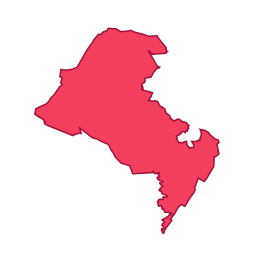 Minatitlán, Colima, Mexico (Equal Earth projection), rotated 281°
{"feature_id": "50627088B87770668885129", "entity_name": "Minatitlán", "entity_type": "district", "adm_level": 2, "iso_a3": "MEX", "parent_name": "Mexico", "parent_adm1": "Colima", "projection": "equal_earth", "projection_center": [-104.083, 19.372], "detail": "fine", "context": "isolated", "style": "filled", "palette": "rose", "viewbox_px": 256, "rotation_deg": 281, "n_neighbors": 0, "source": "geoboundaries", "source_scale": "gbopen_adm2", "svg_char_len": 5726}
<svg xmlns="http://www.w3.org/2000/svg" viewBox="0 0 256 256"><g transform="rotate(281 128 128)"><path d="M214.2,81.0L208.1,77.7L205.7,76.9L196.7,72.9L187.5,69.8L177.8,66.4L175.3,62.6L174.2,60.0L173.3,57.3L172.7,53.8L172.7,51.1L165.4,51.3L164.8,53.7L159.5,53.3L158.2,55.4L155.1,52.8L153.4,52.2L151.2,51.1L147.6,49.7L145.5,48.4L143.5,47.0L142.7,46.5L141.7,46.0L140.7,46.0L136.4,43.6L129.4,33.9L123.9,33.8L123.2,35.5L122.9,35.8L122.6,36.6L122.2,37.4L121.6,39.0L121.1,40.8L119.8,43.8L119.2,44.3L118.1,44.5L118.0,44.8L118.1,45.5L117.3,44.8L116.7,45.1L115.8,46.1L115.5,46.9L110.0,75.4L110.6,76.3L111.5,77.0L112.2,78.2L112.5,79.2L113.4,80.5L113.7,81.4L113.8,82.1L113.7,83.1L118.8,80.5L111.5,95.2L111.3,100.1L110.1,103.1L108.0,112.1L103.2,115.6L100.3,118.7L97.2,120.9L92.1,128.1L91.3,136.7L84.0,141.5L88.8,160.2L89.0,160.4L90.0,160.6L90.4,160.9L90.5,161.1L90.5,161.3L90.4,161.4L89.5,161.3L89.4,161.5L89.2,161.9L88.7,162.0L88.6,162.3L88.3,163.5L88.9,164.3L88.9,164.9L89.3,165.2L89.8,166.0L90.0,166.6L89.9,167.2L89.7,167.4L89.1,167.1L88.8,167.0L88.6,166.8L88.6,166.5L88.4,166.4L88.2,166.4L87.8,167.1L87.3,167.4L86.3,168.3L86.1,168.4L85.9,168.3L85.8,168.2L85.8,167.6L85.7,167.0L85.5,166.5L85.3,166.1L84.8,166.0L84.6,166.0L84.4,166.2L84.3,166.4L83.9,166.6L83.6,166.9L83.3,167.4L83.2,167.5L82.9,168.4L82.7,168.7L82.8,169.0L82.5,169.5L82.7,171.0L82.6,171.9L82.5,172.0L81.7,172.4L81.3,172.0L81.2,171.6L80.9,171.3L80.7,170.6L80.4,169.7L80.2,169.6L79.6,169.9L78.8,170.7L78.4,171.3L77.9,172.4L77.9,172.7L77.8,173.0L77.6,173.3L77.3,173.2L77.0,172.7L76.8,172.6L76.7,172.5L76.2,172.0L75.8,171.8L74.7,171.1L73.8,171.3L73.5,171.3L73.4,171.0L73.5,170.5L73.1,170.3L72.4,170.9L72.3,171.5L72.3,172.1L72.5,172.7L72.1,172.8L70.8,173.4L70.2,173.6L69.8,174.9L69.4,177.7L69.1,178.7L68.5,179.4L68.2,179.6L67.9,179.6L67.7,179.4L67.4,178.7L67.4,178.3L67.2,177.5L67.2,176.1L67.0,175.5L66.1,175.7L65.7,176.1L64.7,176.1L64.2,175.9L64.1,175.7L64.4,174.7L64.4,173.9L64.2,173.8L64.2,173.5L64.0,173.2L63.8,172.7L63.9,172.4L63.9,172.2L63.7,172.0L62.9,171.7L62.4,171.8L62.0,171.2L61.6,171.0L60.7,171.2L60.2,171.7L60.0,171.8L59.0,171.9L58.1,172.3L57.5,172.7L57.3,172.9L57.2,173.4L57.6,173.7L57.9,174.1L58.2,174.9L58.2,175.1L57.7,175.2L57.5,175.3L56.9,176.5L56.5,176.3L56.1,176.4L55.9,176.6L54.8,177.0L54.8,177.3L55.1,177.6L55.3,178.3L55.3,179.0L55.0,179.1L54.4,179.0L52.8,179.7L52.4,180.1L52.3,180.7L52.6,181.6L52.8,182.2L52.8,183.2L52.7,185.4L52.5,186.9L52.5,187.2L52.2,187.4L51.2,187.4L51.2,187.2L51.2,186.6L51.1,186.2L51.1,185.2L50.5,185.1L48.7,184.2L48.5,183.6L47.9,182.9L47.1,182.5L45.7,180.6L45.2,180.2L44.4,179.0L44.2,178.9L43.9,179.3L43.7,180.2L43.1,181.5L42.6,181.8L42.4,181.9L42.2,181.8L41.8,181.0L40.9,180.4L38.9,179.9L38.7,180.4L38.4,180.9L38.1,181.1L37.8,181.8L37.1,182.3L36.6,182.4L35.9,182.1L35.8,181.9L36.0,181.1L35.9,180.7L35.3,180.3L35.1,180.3L34.8,180.5L33.9,180.4L33.5,181.0L31.6,181.9L31.6,183.2L32.1,183.3L32.8,183.3L32.4,182.9L36.1,184.0L45.8,188.7L46.7,187.0L47.2,187.4L53.2,190.3L59.9,192.5L61.7,193.9L62.8,194.9L63.0,195.4L62.0,198.7L65.5,200.2L71.2,202.1L76.3,204.6L77.6,205.1L80.1,205.7L82.3,204.8L83.1,205.1L92.3,206.5L91.3,209.0L90.0,213.0L92.7,214.5L94.0,215.0L103.0,218.2L106.5,219.5L116.0,218.2L116.4,219.1L117.7,220.5L118.4,221.1L119.4,221.6L119.9,222.2L128.7,218.6L128.8,218.3L131.1,220.1L133.3,218.9L133.6,217.7L133.7,216.1L134.9,213.1L135.3,212.8L135.5,212.8L136.1,211.7L136.1,211.4L136.6,209.9L137.9,209.2L139.3,207.2L139.8,205.1L140.3,203.9L140.4,198.9L138.7,200.3L135.5,201.3L130.1,200.5L129.3,200.9L129.3,198.9L128.5,198.6L127.5,196.2L127.0,193.0L124.0,195.7L123.5,195.7L123.2,196.0L122.6,196.2L121.6,196.1L121.4,195.8L120.3,192.3L119.9,192.2L121.3,191.0L121.5,190.2L123.5,188.5L125.1,188.5L125.9,187.9L126.1,187.6L125.8,187.3L125.0,185.6L124.6,185.2L123.6,184.5L123.7,184.1L123.9,183.7L123.9,182.5L123.7,181.8L123.2,181.0L123.1,180.7L123.2,180.3L123.6,180.3L125.2,179.3L125.8,178.2L126.1,177.8L126.4,177.7L126.9,177.7L127.2,178.0L127.8,178.2L128.0,178.1L129.4,176.9L131.2,179.8L132.1,180.0L132.1,180.4L132.3,181.0L132.5,181.1L133.1,180.9L133.4,181.0L133.7,181.2L134.2,181.1L134.7,181.9L134.7,182.3L135.0,183.2L135.0,183.7L134.5,184.5L134.3,185.0L135.1,185.0L136.1,185.5L136.1,186.7L136.9,186.8L137.1,186.5L138.1,186.4L138.6,187.1L138.8,187.7L139.5,187.5L140.1,187.0L140.8,186.9L141.5,187.0L141.8,187.4L141.9,187.5L143.4,185.0L144.2,184.8L144.3,184.5L144.3,183.1L144.7,182.6L144.7,179.6L145.1,179.4L145.6,178.3L146.0,177.8L146.1,176.7L146.4,176.1L146.3,175.0L145.6,174.6L145.4,174.0L144.2,172.4L144.0,171.5L143.7,171.0L144.5,169.6L145.0,169.4L145.3,169.0L145.4,168.7L145.2,167.7L146.2,167.6L148.1,166.6L149.8,162.8L151.4,161.8L152.2,161.2L153.6,160.7L153.9,160.3L154.9,157.1L155.2,157.2L155.3,156.3L156.3,154.3L158.9,152.8L159.8,151.7L159.7,148.8L159.0,147.0L158.9,146.2L159.1,144.2L158.8,143.1L163.4,144.7L167.3,145.3L168.0,136.2L169.1,135.3L168.8,134.9L168.6,134.3L169.4,134.4L170.1,134.2L171.0,134.8L171.1,134.5L171.1,134.0L171.4,133.8L171.9,133.9L172.1,133.4L172.5,133.4L173.2,133.2L174.9,134.2L175.2,134.5L175.6,135.3L177.2,135.9L179.3,135.2L179.9,135.2L180.5,136.3L182.5,140.9L184.2,141.3L185.4,142.1L186.1,141.8L191.9,145.0L192.4,146.3L193.3,147.4L194.0,147.5L193.8,145.4L205.9,134.8L207.0,133.7L207.1,133.4L207.7,133.9L205.0,137.8L208.4,150.3L209.0,150.5L209.2,151.4L210.0,151.6L210.6,152.1L210.8,150.9L211.2,150.7L211.9,150.9L212.4,150.4L214.0,150.2L221.6,141.2L224.1,138.8L222.0,130.8L222.8,125.8L223.3,117.4L223.3,116.9L224.4,111.7L223.6,110.7L221.2,102.6L223.0,97.5L223.0,96.4L222.8,95.7L222.8,95.4L222.6,94.6L222.7,93.9L222.3,92.8L222.3,91.4L222.2,90.1L222.0,89.6L221.6,89.3L220.8,89.1L219.7,88.9L217.7,85.6L215.3,83.8L214.8,83.0L214.2,82.3L214.2,81.0Z" fill="#f43f5e" stroke="#9f1239" stroke-width="1.5"/></g></svg>